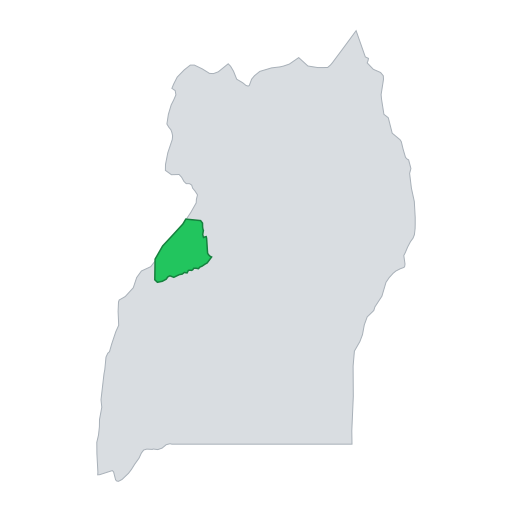 Uganda, with Hoima highlighted
{"feature_id": "UGA-3105", "entity_name": "Hoima", "entity_type": "District", "adm_level": 1, "iso_a3": "UGA", "parent_name": "Uganda", "parent_adm1": "", "projection": "equal_earth", "projection_center": [31.113, 1.442], "detail": "fine", "context": "in_parent", "style": "filled", "palette": "green", "viewbox_px": 512, "rotation_deg": 0, "n_neighbors": 0, "source": "natural_earth", "source_scale": "10m", "svg_char_len": 2865}
<svg xmlns="http://www.w3.org/2000/svg" viewBox="0 0 512 512"><path d="M352.0,444.2L345.6,444.2L335.2,444.2L324.7,444.2L314.3,444.2L303.8,444.2L293.4,444.2L282.9,444.2L272.5,444.2L262.0,444.2L251.6,444.2L241.1,444.2L230.6,444.2L220.2,444.2L209.8,444.2L199.3,444.2L188.8,444.2L178.4,444.2L172.2,444.2L171.0,444.0L170.1,443.7L166.2,444.7L162.1,448.1L157.8,449.6L153.1,449.0L152.5,449.4L150.2,449.3L146.8,449.1L143.7,450.0L141.4,453.0L139.0,458.2L134.7,464.2L131.4,469.5L128.5,473.3L122.0,479.5L118.5,481.3L116.7,481.0L115.6,479.8L113.6,471.9L112.3,470.6L99.6,474.7L97.7,474.8L97.9,472.3L96.9,453.7L96.8,442.3L98.5,435.1L99.4,426.9L99.5,419.6L101.8,407.2L101.0,399.8L104.0,373.8L104.8,369.6L106.0,357.1L107.8,353.2L109.5,351.7L111.7,344.0L115.8,331.7L118.7,325.3L118.1,311.5L118.5,302.0L119.2,300.0L125.3,296.5L133.3,287.7L136.7,277.5L141.4,271.0L150.7,266.7L178.0,231.6L190.7,212.6L196.2,202.9L196.4,199.4L197.5,194.9L195.2,191.3L192.6,188.1L191.7,185.1L189.4,183.6L186.2,183.6L184.0,181.5L181.6,177.2L179.1,174.5L171.4,174.7L165.4,170.4L165.5,164.5L167.8,152.8L172.3,139.4L172.6,135.7L171.9,132.5L170.9,129.8L168.8,127.2L166.9,124.0L168.4,114.3L171.2,104.9L173.6,100.2L175.9,94.9L175.2,90.6L171.9,88.4L173.6,84.2L177.2,77.1L184.2,69.9L190.3,65.1L194.4,65.1L202.3,68.9L209.5,73.4L213.5,73.6L218.3,71.8L228.2,63.8L230.6,66.3L233.5,71.2L236.7,79.2L242.9,82.9L245.9,85.4L248.1,86.1L249.3,85.5L251.6,79.2L254.5,75.7L259.8,71.4L271.5,67.9L279.9,66.9L283.4,66.1L289.3,64.1L298.7,57.6L307.9,66.0L317.9,67.6L327.6,67.5L330.5,65.0L332.2,63.0L342.4,49.3L356.1,30.7L365.3,56.9L368.5,58.4L368.0,60.7L367.2,62.9L373.3,69.3L380.6,72.5L383.3,75.8L383.5,79.3L381.1,94.6L381.5,99.0L383.9,114.3L388.3,117.8L392.2,133.2L400.1,139.8L401.3,141.7L403.1,149.2L405.5,157.4L407.4,159.3L408.6,159.8L410.9,168.5L409.6,173.4L411.4,188.2L414.3,201.5L415.2,217.4L415.2,224.4L415.1,228.6L414.4,234.7L413.0,238.2L410.5,241.6L407.7,246.9L405.3,252.6L403.8,255.5L405.0,264.0L404.7,266.3L404.0,267.4L400.4,268.7L395.9,271.0L393.1,273.3L389.2,277.6L386.0,282.3L381.9,296.2L374.9,306.9L373.8,310.5L367.2,316.9L364.3,324.8L362.5,334.6L359.9,341.5L354.4,351.1L353.1,366.2L353.3,396.4L351.8,430.7L352.0,444.2Z" fill="#d9dde1" stroke="#a8b0b8" stroke-width="1"/><path d="M155.1,259.1L157.7,254.6L162.6,246.0L170.6,237.4L178.7,228.6L182.9,224.0L185.8,219.1L200.6,220.6L202.5,223.1L202.6,227.2L202.8,228.2L202.9,229.3L203.4,230.3L202.7,234.6L203.5,237.5L204.9,236.9L206.2,236.6L206.6,238.3L207.3,249.2L207.6,253.3L208.6,254.8L210.0,256.2L211.6,257.0L207.1,263.0L205.4,263.9L202.0,266.2L200.0,267.0L198.4,268.7L195.9,268.2L193.7,268.3L192.8,269.7L191.6,270.4L190.0,270.2L188.4,270.4L187.1,272.9L185.5,272.7L184.4,272.4L182.2,274.1L179.4,274.6L173.8,277.3L169.9,275.8L167.8,276.9L166.2,279.2L162.3,281.3L157.4,282.3L154.8,279.8L154.9,272.9L155.1,259.1Z" fill="#22c55e" stroke="#15803d" stroke-width="1.5"/></svg>